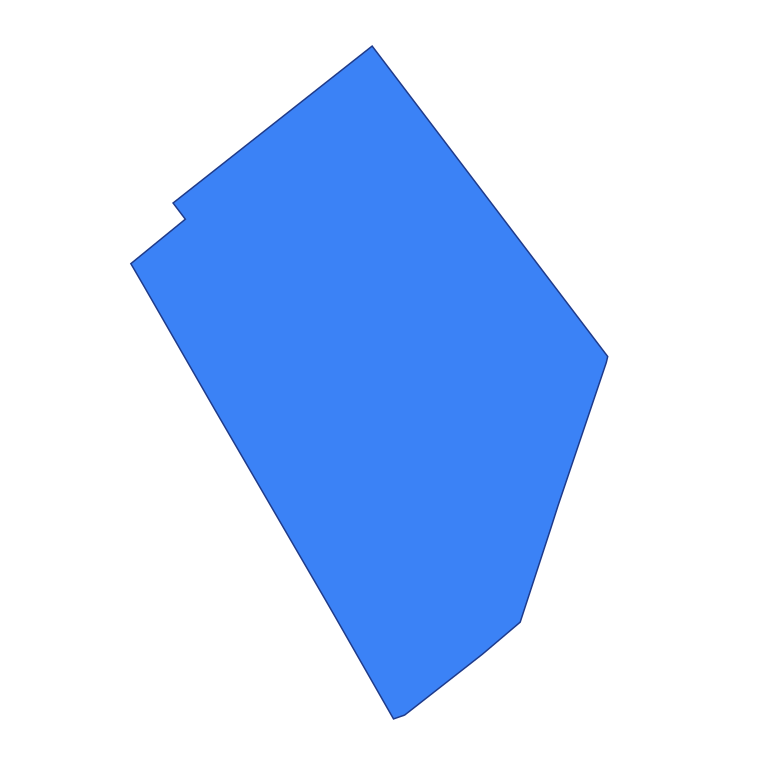 Ripley, Indiana, United States of America, rotated 142°
{"feature_id": "52423323B48064800359713", "entity_name": "Ripley", "entity_type": "district", "adm_level": 2, "iso_a3": "USA", "parent_name": "United States of America", "parent_adm1": "Indiana", "projection": "equal_earth", "projection_center": [-85.227, 39.112], "detail": "fine", "context": "isolated", "style": "filled", "palette": "blue", "viewbox_px": 768, "rotation_deg": 142, "n_neighbors": 0, "source": "geoboundaries", "source_scale": "gbopen_adm2", "svg_char_len": 375}
<svg xmlns="http://www.w3.org/2000/svg" viewBox="0 0 768 768"><g transform="rotate(142 384 384)"><path d="M190.8,267.9L185.3,657.6L438.8,656.5L439.1,636.2L509.4,634.7L512.9,609.2L533.1,467.8L562.6,253.2L565.7,231.2L582.7,114.2L571.5,110.4L472.9,110.5L423.3,112.5L341.1,167.8L321.6,181.1L195.7,264.0L190.8,267.9Z" fill="#3b82f6" stroke="#1e3a8a" stroke-width="1.5"/></g></svg>